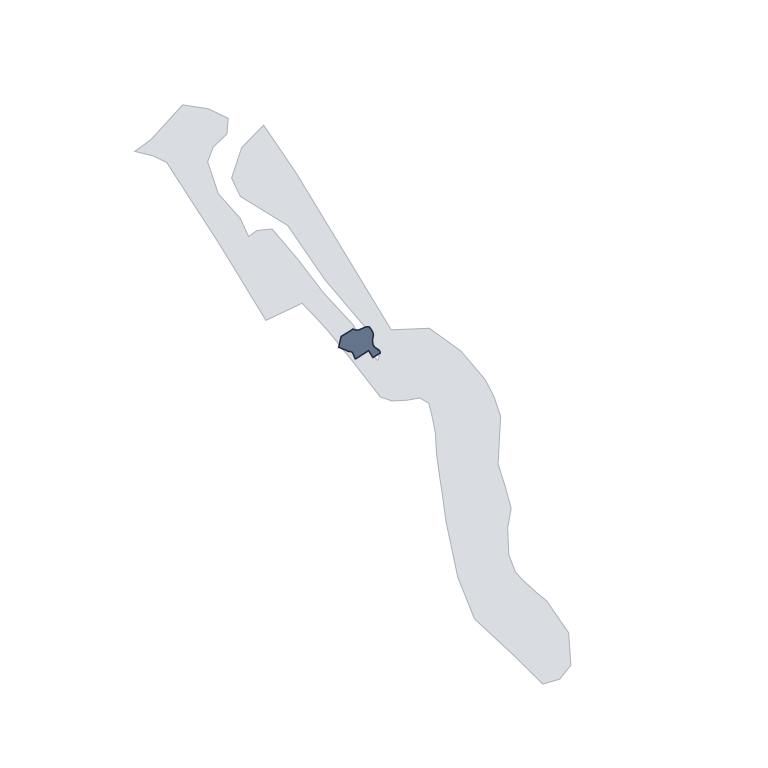 location of Jarra West, Lower River, Gambia, rotated 58°
{"feature_id": "56634734B83949040016571", "entity_name": "Jarra West", "entity_type": "district", "adm_level": 2, "iso_a3": "GMB", "parent_name": "Gambia", "parent_adm1": "Lower River", "projection": "mercator", "projection_center": [-15.534, 13.437], "detail": "fine", "context": "in_parent", "style": "filled", "palette": "slate", "viewbox_px": 768, "rotation_deg": 58, "n_neighbors": 0, "source": "geoboundaries", "source_scale": "gbopen_adm2", "svg_char_len": 2383}
<svg xmlns="http://www.w3.org/2000/svg" viewBox="0 0 768 768"><g transform="rotate(58 384 384)"><path d="M100.7,348.9L158.8,346.7L229.2,347.6L305.8,348.7L341.9,349.2L360.8,316.0L396.9,301.3L433.8,295.9L453.0,297.4L473.3,302.3L512.2,329.6L536.5,335.9L556.9,342.1L571.6,355.4L594.8,368.6L613.1,372.2L624.0,370.2L642.1,365.1L654.1,361.0L692.9,359.3L721.4,374.5L727.4,391.2L722.7,408.3L684.3,417.4L631.2,431.7L587.2,423.9L533.8,404.4L502.6,390.4L489.5,384.8L470.0,375.9L453.0,366.4L436.5,360.2L424.0,356.2L414.7,361.2L410.0,373.0L402.6,386.2L393.1,394.0L348.2,398.6L308.0,403.5L286.5,407.6L272.1,410.7L267.5,450.4L222.0,449.9L177.2,449.5L130.8,450.2L80.9,450.9L68.1,459.0L54.7,472.1L53.3,452.3L40.6,406.9L57.6,387.1L76.2,375.4L88.7,384.7L92.5,403.2L102.1,415.8L134.8,423.7L167.3,418.1L187.1,420.7L186.5,410.4L193.2,396.8L232.6,391.0L274.3,387.1L317.1,378.9L350.7,379.2L360.7,376.9L358.3,373.5L328.2,369.5L263.9,378.9L198.5,381.7L148.9,406.4L128.6,404.1L108.1,379.4L100.7,348.9Z" fill="#d9dde1" stroke="#a8b0b8" stroke-width="1"/><path d="M355.8,370.8L355.4,370.6L354.8,370.4L354.4,370.3L353.8,370.2L353.1,370.2L352.4,370.3L351.3,370.8L351.3,371.0L351.1,370.9L348.3,372.2L347.7,372.4L346.8,372.5L345.7,372.5L344.9,372.5L343.3,371.8L343.2,371.8L341.5,370.9L340.1,370.0L339.4,369.3L337.8,367.8L337.1,367.2L336.0,366.6L335.2,366.3L334.5,366.2L333.8,366.1L333.4,366.0L331.4,366.0L330.7,366.0L330.3,366.0L329.8,366.0L329.7,366.1L329.0,366.1L328.6,366.1L328.1,366.2L328.0,366.3L327.7,366.3L327.5,366.6L327.4,366.6L327.2,366.9L326.7,367.7L326.2,368.6L326.0,369.2L325.6,370.9L325.5,372.2L325.5,372.4L325.4,372.5L325.2,373.5L325.2,373.9L325.1,374.2L325.1,374.6L325.0,375.0L325.0,375.5L324.9,376.1L324.3,377.8L324.0,378.2L324.0,378.4L323.7,378.8L323.5,379.0L323.3,379.5L323.2,379.5L322.9,379.7L321.8,380.5L320.9,381.1L321.1,384.1L321.0,389.7L321.0,390.5L321.0,391.5L321.0,392.3L320.9,395.1L324.1,398.3L328.7,402.8L328.7,402.7L329.9,402.1L332.7,400.3L333.2,399.9L333.7,399.5L335.4,398.1L335.7,397.9L336.1,397.8L336.5,397.7L337.0,397.4L337.4,397.1L337.5,397.0L337.7,396.6L337.8,396.2L338.8,395.3L338.9,395.2L340.3,394.1L340.8,394.1L344.4,394.6L344.8,394.7L345.2,394.7L345.7,394.8L346.0,394.8L347.6,395.2L347.8,395.2L347.7,395.2L347.7,390.1L347.6,387.7L347.6,383.1L347.6,379.5L347.6,379.4L350.8,379.4L352.7,379.4L355.7,379.4L355.8,370.8Z" fill="#64748b" stroke="#1e293b" stroke-width="1.5"/></g></svg>